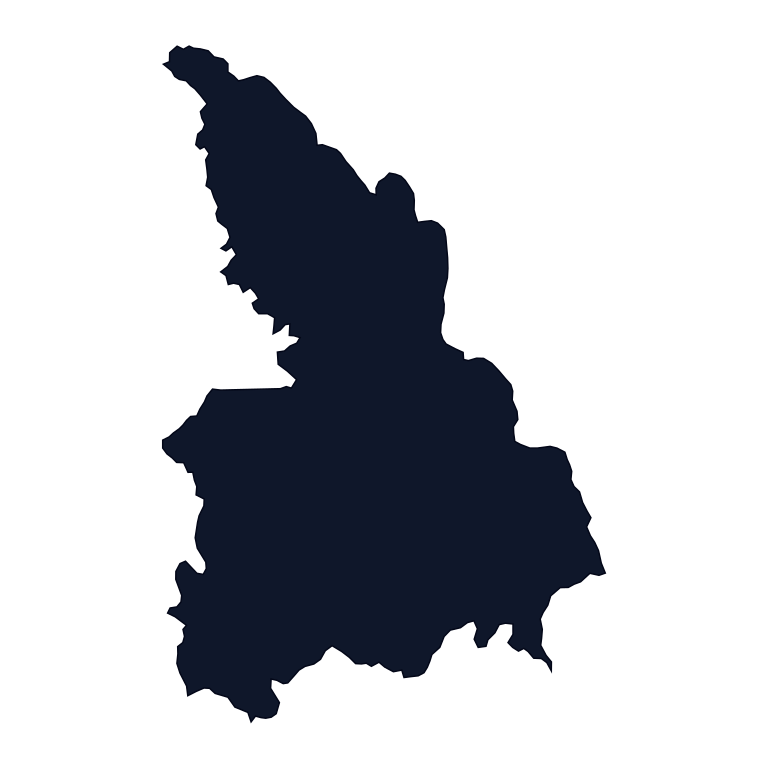 the district of Itaporanga, São Paulo, Brazil
{"feature_id": "56859067B77352846322410", "entity_name": "Itaporanga", "entity_type": "district", "adm_level": 2, "iso_a3": "BRA", "parent_name": "Brazil", "parent_adm1": "São Paulo", "projection": "equal_earth", "projection_center": [-49.469, -23.65], "detail": "fine", "context": "isolated", "style": "filled", "palette": "ink", "viewbox_px": 768, "rotation_deg": 0, "n_neighbors": 0, "source": "geoboundaries", "source_scale": "gbopen_adm2", "svg_char_len": 3882}
<svg xmlns="http://www.w3.org/2000/svg" viewBox="0 0 768 768"><path d="M162.7,440.1L162.7,448.1L167.0,453.9L172.3,458.0L176.6,462.4L183.7,462.7L188.0,472.3L192.8,472.2L194.4,480.1L196.8,486.5L196.1,494.9L204.2,499.0L203.9,505.9L199.1,515.7L197.6,522.2L195.2,537.8L197.3,548.2L205.8,562.1L206.3,568.6L203.2,574.4L196.9,573.3L185.5,561.2L180.0,563.6L175.9,571.4L175.8,579.4L181.7,595.4L181.0,601.9L176.9,606.9L170.1,608.0L167.6,613.1L175.2,616.8L180.5,620.8L186.5,625.3L183.0,629.4L184.5,636.4L182.8,642.6L177.7,646.6L177.9,653.8L176.9,663.4L180.0,673.1L186.6,686.0L187.8,695.7L196.2,691.4L204.0,688.0L209.6,688.3L215.1,693.4L227.9,697.2L234.9,707.1L247.9,712.4L251.1,721.9L255.5,716.1L261.0,717.6L265.7,718.2L271.2,717.2L276.2,713.7L279.4,702.6L270.6,688.3L271.1,679.0L276.9,680.3L283.2,683.6L287.8,682.9L294.1,675.8L299.0,670.1L305.0,666.4L313.9,664.0L320.5,659.3L325.3,650.7L332.1,645.7L341.7,651.5L349.4,657.4L355.6,663.6L361.5,663.9L366.3,663.2L371.4,666.3L379.0,662.2L384.8,667.1L393.4,671.7L401.8,670.1L404.0,677.5L411.0,676.6L418.2,675.8L424.0,672.7L427.3,667.3L429.9,661.0L431.9,654.5L439.8,647.4L444.1,636.5L450.3,630.1L460.5,627.7L467.4,622.6L473.9,620.8L477.4,628.7L474.2,639.2L478.2,647.4L486.0,646.3L487.9,639.8L494.9,632.8L499.2,624.6L505.4,623.2L513.0,624.0L513.0,634.4L508.0,642.6L512.7,647.4L518.5,651.1L523.8,648.4L528.1,651.5L533.7,658.2L541.3,658.5L546.8,662.6L551.3,670.8L551.4,661.9L546.1,655.4L540.7,645.3L541.6,638.1L542.3,629.4L540.2,619.1L543.1,612.5L547.8,605.2L550.7,595.8L560.2,587.6L568.3,587.4L574.1,584.2L580.6,581.8L589.9,573.3L599.0,575.3L605.3,573.1L601.3,563.2L598.5,550.6L594.7,542.4L590.4,535.8L586.6,526.9L590.9,517.7L587.1,511.2L582.6,502.5L579.5,491.9L574.0,486.5L570.9,479.5L571.7,471.3L569.6,464.8L567.2,459.6L564.9,452.2L557.0,448.1L550.1,446.4L544.9,447.1L537.3,448.1L529.9,448.1L520.3,444.4L514.8,441.4L513.7,433.2L513.4,426.7L517.8,419.6L517.0,411.2L512.2,400.0L512.7,391.1L510.8,384.6L505.9,379.2L498.8,370.8L491.7,363.3L483.6,358.4L476.5,358.2L468.4,360.6L463.6,359.5L463.1,352.4L455.0,348.7L446.1,344.0L442.9,339.5L440.6,332.7L441.0,324.2L443.9,313.1L444.2,304.2L442.9,297.7L444.4,289.9L447.4,277.8L447.9,268.5L447.6,257.8L446.6,246.5L445.8,237.0L444.2,229.6L437.6,223.1L431.4,220.7L424.6,221.4L417.7,222.3L415.5,215.6L414.0,209.8L414.3,200.4L413.5,193.5L409.4,186.7L405.1,180.3L401.0,176.3L395.4,174.2L389.4,173.1L384.8,178.0L379.0,181.7L376.0,188.2L376.2,194.8L369.6,192.8L364.8,185.0L361.0,180.7L356.9,175.6L353.3,169.8L346.0,161.6L340.5,153.4L336.5,149.7L330.0,147.4L322.4,144.7L317.1,145.3L315.9,133.4L311.4,123.6L305.6,116.1L300.1,112.1L293.6,107.2L285.8,99.4L280.0,93.1L276.3,88.3L270.3,82.2L264.0,77.4L256.9,75.7L249.8,77.7L243.7,79.7L238.4,80.9L233.8,76.1L227.9,72.0L227.9,63.8L223.2,59.0L214.0,56.9L208.2,50.8L200.3,48.9L193.5,48.2L189.1,46.1L183.4,49.3L177.1,46.2L169.7,52.7L169.5,61.7L163.4,64.2L171.8,71.0L174.7,76.4L179.3,79.4L186.2,80.8L190.5,85.5L194.8,88.7L200.3,95.0L207.2,103.9L200.4,111.7L201.9,118.2L204.9,124.3L202.6,130.0L197.8,134.1L195.8,144.7L200.1,149.0L204.5,146.7L209.2,153.5L205.7,159.9L206.9,169.0L207.7,177.2L206.1,185.7L211.3,189.5L214.0,197.6L218.4,207.1L216.0,213.6L217.8,221.0L221.9,224.4L227.3,228.5L230.0,237.4L226.5,244.2L221.0,248.3L225.9,250.9L231.8,246.8L236.4,254.7L231.2,260.2L227.7,266.5L220.7,271.9L226.0,275.6L228.3,284.5L233.5,283.2L239.4,284.5L243.2,292.3L250.3,287.6L255.3,293.1L258.7,298.8L252.3,303.2L254.1,308.7L258.7,313.7L267.5,313.7L274.6,317.7L273.9,326.6L273.1,333.8L280.2,330.0L285.2,324.6L289.9,323.9L289.3,335.4L293.9,335.7L300.1,337.6L296.7,343.2L290.1,346.0L284.5,351.0L277.4,352.1L278.2,364.3L287.3,371.1L296.6,379.6L291.4,388.1L286.3,386.6L280.4,388.7L220.7,390.1L212.5,389.1L207.0,395.9L204.4,402.0L199.9,409.1L196.8,416.0L190.6,416.5L186.6,420.3L182.9,425.1L179.2,428.8L173.5,432.9L169.0,437.0L162.7,440.1Z" fill="#0f172a" stroke="#020617" stroke-width="1.5"/></svg>